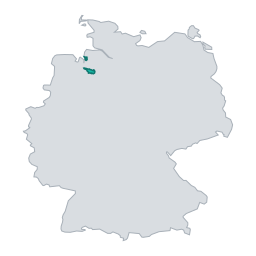 location of Bremen within Germany
{"feature_id": "DEU-1575", "entity_name": "Bremen", "entity_type": "State", "adm_level": 1, "iso_a3": "DEU", "parent_name": "Germany", "parent_adm1": "", "projection": "robinson", "projection_center": [8.734, 53.321], "detail": "fine", "context": "in_parent", "style": "filled", "palette": "teal", "viewbox_px": 256, "rotation_deg": 0, "n_neighbors": 0, "source": "natural_earth", "source_scale": "10m", "svg_char_len": 4482}
<svg xmlns="http://www.w3.org/2000/svg" viewBox="0 0 256 256"><path d="M107.7,233.4L99.7,229.1L92.6,229.6L91.4,228.2L89.0,228.3L85.4,226.1L82.2,227.4L81.4,228.6L81.7,229.4L84.9,229.5L85.3,230.1L82.1,231.4L76.6,231.0L70.3,232.3L64.9,232.1L61.8,231.0L61.0,229.0L61.2,226.1L62.5,222.2L62.9,219.4L62.3,217.6L63.1,214.9L65.2,211.3L68.3,200.8L75.4,193.5L75.3,190.9L63.1,188.3L61.1,187.6L59.4,185.7L49.8,186.8L49.0,184.9L46.5,184.1L43.8,185.6L42.8,185.4L39.2,180.8L38.3,178.6L36.5,177.1L33.9,176.9L34.7,172.5L37.2,169.4L37.3,166.7L32.0,164.5L29.3,161.6L28.7,158.1L30.3,154.1L34.7,151.7L34.2,147.8L30.5,145.8L30.3,145.1L31.8,143.6L26.4,139.2L27.7,134.8L26.8,133.5L24.2,132.5L23.4,131.2L25.3,130.9L29.7,127.8L29.8,127.3L28.6,126.9L28.5,125.6L31.4,119.1L31.3,118.0L29.0,114.8L29.0,113.7L25.8,110.1L25.8,109.0L30.8,106.7L35.1,108.3L36.7,107.4L38.8,107.5L43.9,105.8L45.3,103.9L43.4,102.2L43.6,101.0L49.3,97.4L50.3,95.6L50.7,92.3L50.0,91.2L49.2,90.5L44.3,89.9L43.0,88.0L43.5,85.5L44.3,85.0L50.3,85.1L52.7,77.8L54.1,75.5L54.6,66.4L51.4,63.7L52.7,58.5L54.9,55.7L56.7,54.9L64.4,54.5L72.9,54.7L76.5,58.9L75.1,61.1L77.2,62.1L78.2,61.7L79.5,57.7L80.2,57.1L83.8,59.7L83.8,63.2L84.8,58.5L84.1,55.2L84.6,52.1L86.6,49.4L92.8,50.5L99.7,49.9L102.3,51.1L108.3,57.3L112.7,58.6L109.3,57.3L102.1,49.8L94.6,47.9L93.0,45.8L93.0,38.3L90.2,36.8L87.2,37.3L86.8,35.6L87.3,34.3L94.0,32.3L94.1,30.3L88.0,23.0L87.8,19.8L92.9,20.0L99.2,21.5L100.7,22.5L108.7,21.2L114.9,23.3L117.8,26.4L118.0,29.0L114.4,32.2L120.6,31.7L122.1,34.0L125.4,33.2L133.7,36.7L140.0,34.9L141.1,37.7L139.9,40.6L135.6,43.6L136.6,45.5L138.0,45.9L142.1,45.5L148.8,47.4L157.5,41.6L164.6,40.9L174.7,32.3L184.9,33.9L187.6,37.6L194.4,41.7L200.6,41.4L202.9,45.2L204.0,50.0L207.7,52.5L212.9,53.5L214.0,58.5L216.9,66.4L216.9,68.8L216.0,71.5L214.4,73.8L211.0,76.5L210.8,78.0L219.7,84.7L222.2,88.1L220.9,92.9L222.4,95.3L223.9,96.1L224.5,97.3L224.6,100.1L225.7,100.9L224.1,106.0L222.6,108.1L223.1,109.9L225.5,113.0L225.7,117.0L230.6,119.5L232.6,124.8L231.6,129.3L227.4,137.3L223.8,136.2L224.0,134.5L223.3,134.4L222.1,132.2L216.9,131.0L215.5,132.0L218.2,135.0L207.5,138.9L199.8,140.5L197.1,143.5L195.6,142.9L192.5,144.2L191.3,146.1L187.5,146.7L185.9,149.1L181.8,148.4L176.9,149.5L174.7,150.7L170.7,155.6L167.4,151.9L166.6,151.9L166.4,153.1L168.4,155.7L169.2,158.0L175.0,162.1L176.3,163.9L173.6,168.4L179.3,176.6L183.6,180.5L186.0,180.4L191.3,185.5L194.8,187.3L197.5,190.8L200.9,191.3L206.2,195.5L207.2,197.0L206.7,202.2L204.2,204.1L199.7,202.4L197.3,208.9L186.3,213.5L183.1,216.3L183.1,217.3L187.8,222.7L187.8,225.1L186.6,227.6L189.8,228.3L190.3,229.6L189.5,234.8L184.6,232.9L183.7,230.1L181.7,229.2L176.9,230.1L170.5,227.7L170.0,230.6L159.0,231.7L151.5,234.5L149.3,236.4L143.3,237.3L141.8,237.1L139.3,233.6L129.1,232.6L127.5,238.1L126.2,239.6L123.2,240.6L123.6,238.2L120.4,237.3L120.2,235.6L118.2,234.0L112.9,231.9L110.6,233.4L107.7,233.4ZM200.0,34.8L200.7,36.7L200.1,37.7L197.5,36.0L195.0,36.1L193.6,38.6L192.5,38.7L188.5,36.4L187.9,35.3L188.1,30.1L189.2,29.0L189.4,27.4L191.5,25.7L193.4,25.7L195.0,28.1L198.7,29.7L199.1,30.4L197.1,32.4L197.6,33.5L200.0,34.8ZM211.7,47.2L211.8,49.5L205.3,49.2L204.7,47.5L205.1,45.9L203.0,44.0L202.9,42.1L211.7,47.2ZM80.6,21.4L79.2,23.7L79.4,19.6L81.9,15.4L82.9,15.5L81.5,17.4L81.3,19.9L86.9,20.1L86.2,20.9L80.6,21.4ZM146.0,33.7L142.5,33.8L139.9,32.4L141.5,30.4L144.8,31.3L146.0,33.7ZM85.9,25.3L85.1,26.0L81.8,25.2L84.2,23.9L85.6,24.2L85.9,25.3Z" fill="#d9dde1" stroke="#a8b0b8" stroke-width="1"/><path d="M84.3,68.0L84.6,68.1L85.3,68.4L85.8,68.3L86.6,68.6L87.9,69.0L88.2,69.1L88.4,69.1L88.5,69.1L89.1,69.0L89.4,69.0L89.5,69.0L89.6,69.3L90.2,69.6L90.3,69.7L90.9,69.6L91.2,69.7L91.6,70.0L92.0,70.2L92.8,70.5L93.0,70.6L93.3,70.4L93.3,70.2L93.5,69.9L93.8,69.9L94.0,70.0L94.5,70.5L94.3,70.9L94.2,71.0L94.3,71.2L94.8,71.6L94.9,71.8L94.7,72.1L94.6,72.3L94.6,72.7L94.6,72.9L94.5,73.0L94.2,73.3L93.4,73.7L93.2,73.8L92.1,73.2L92.1,73.3L92.0,73.5L91.6,73.6L91.4,73.6L91.2,73.5L90.1,73.0L90.0,72.9L89.9,72.9L89.7,73.0L88.8,73.1L88.5,73.1L88.5,72.2L88.4,72.1L88.2,72.0L87.4,71.2L87.0,70.8L87.0,70.7L86.9,70.5L86.9,69.9L86.5,69.4L86.4,69.3L85.9,69.4L85.7,69.4L85.1,69.1L84.2,68.8L84.0,68.5L83.9,68.3L83.8,68.1L84.3,68.0ZM85.2,59.6L85.4,58.8L85.3,58.7L84.7,57.5L84.5,57.4L84.3,57.0L84.2,56.8L85.3,57.1L85.8,57.2L86.7,57.1L86.9,57.2L86.8,57.3L86.7,57.4L86.7,57.5L86.6,57.8L86.9,58.2L87.0,58.4L87.1,59.0L87.1,59.4L87.1,59.6L86.7,60.1L86.2,60.4L85.9,60.1L85.7,60.2L85.3,59.7L85.2,59.6Z" fill="#14b8a6" stroke="#0f766e" stroke-width="1.5"/></svg>